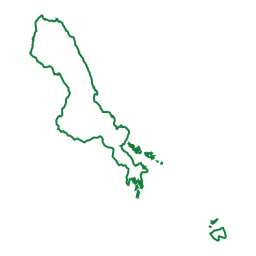 Morowali, Sulawesi Tengah, Indonesia
{"feature_id": "22746128B26432903559283", "entity_name": "Morowali", "entity_type": "district", "adm_level": 2, "iso_a3": "IDN", "parent_name": "Indonesia", "parent_adm1": "Sulawesi Tengah", "projection": "equal_earth", "projection_center": [122.297, -2.895], "detail": "fine", "context": "isolated", "style": "outline", "palette": "green", "viewbox_px": 256, "rotation_deg": 0, "n_neighbors": 0, "source": "geoboundaries", "source_scale": "gbopen_adm2", "svg_char_len": 5856}
<svg xmlns="http://www.w3.org/2000/svg" viewBox="0 0 256 256"><path d="M101.4,137.0L102.9,139.3L102.4,140.6L102.6,141.8L104.5,145.3L107.9,147.3L111.4,147.8L113.4,148.8L113.4,151.0L112.5,156.6L116.3,160.8L118.2,164.3L119.3,165.2L121.7,164.3L123.1,165.8L125.2,165.3L125.7,165.6L126.5,167.4L128.5,168.8L128.1,173.2L126.4,177.2L127.1,179.8L126.4,182.5L127.9,184.9L128.5,185.0L128.7,184.2L129.7,179.2L130.5,179.6L131.6,178.8L131.8,179.6L132.2,179.7L133.3,178.6L134.0,178.9L133.8,178.5L134.5,178.0L134.8,178.5L134.0,179.5L134.7,179.9L133.8,180.8L134.0,181.4L133.2,181.7L133.5,182.5L134.2,182.7L134.4,181.4L135.0,181.0L135.3,181.3L134.9,182.2L135.1,181.7L135.2,182.4L135.6,182.1L135.5,182.7L136.3,182.5L136.2,183.0L137.5,181.5L137.5,181.9L137.8,181.6L137.8,180.6L138.2,180.1L139.0,181.2L139.0,183.2L139.8,182.6L140.2,183.1L139.9,183.5L140.5,183.4L140.6,184.3L140.3,183.8L140.3,184.4L140.7,185.1L140.7,185.9L140.9,185.6L141.2,186.1L141.1,185.7L141.9,185.0L141.5,183.7L141.8,182.8L141.3,182.5L141.3,181.8L140.6,181.0L141.0,180.7L141.0,181.2L141.6,181.3L141.4,180.9L141.9,180.3L141.5,179.9L141.5,179.4L140.7,174.9L141.4,174.1L141.3,173.0L142.2,172.3L145.9,172.4L147.3,171.5L147.7,170.7L145.4,168.0L145.3,166.5L144.1,166.7L144.6,167.2L144.8,168.5L143.2,168.4L143.0,165.4L141.8,165.2L141.3,164.6L141.1,163.1L138.9,163.6L137.5,164.6L137.6,165.0L136.5,165.1L135.9,165.8L134.9,165.3L133.5,163.4L132.4,159.6L131.0,157.8L130.9,156.9L128.3,154.9L127.5,153.1L125.5,151.7L124.1,151.4L123.2,150.0L122.3,149.4L121.4,145.9L120.9,146.0L120.7,145.9L122.6,145.1L123.0,144.1L124.3,144.1L124.7,142.3L127.6,137.5L127.8,135.8L129.0,133.0L129.2,132.0L128.5,130.4L126.0,127.6L124.5,126.8L122.9,127.3L121.9,126.9L121.6,127.5L121.7,125.8L121.3,125.4L120.1,126.3L120.2,126.8L118.6,126.9L117.5,128.8L116.6,128.9L116.2,126.2L114.7,125.5L114.0,124.3L114.1,122.5L114.9,120.5L114.0,117.3L113.2,116.5L112.6,117.1L111.7,116.7L110.1,113.2L108.9,112.1L102.9,112.0L101.0,108.5L100.4,108.0L100.0,106.1L96.5,102.4L94.4,101.4L94.0,97.9L94.4,94.7L95.5,94.0L96.9,94.7L97.4,93.9L97.2,92.2L96.0,90.4L95.2,90.6L94.4,88.1L93.4,87.7L93.4,87.3L93.9,86.7L93.0,85.8L92.1,83.7L91.8,80.1L90.7,76.2L90.0,74.9L89.7,72.7L88.5,70.9L87.5,67.8L86.9,67.4L86.6,65.3L86.0,64.9L85.2,62.9L84.2,62.0L83.4,60.6L83.3,59.2L82.7,57.9L81.6,57.0L80.8,55.3L79.2,53.8L79.4,52.3L78.8,52.0L78.5,50.0L77.2,47.7L77.0,46.6L75.4,45.1L74.7,41.1L73.6,37.3L70.3,36.5L68.4,33.9L67.7,31.5L66.0,30.6L65.8,29.2L64.8,28.6L64.2,26.6L63.0,25.5L62.3,22.9L61.0,22.3L60.2,21.4L59.3,21.9L58.5,21.6L57.3,19.1L56.9,19.0L57.4,20.1L55.4,20.9L55.8,21.8L55.1,20.5L53.5,21.4L51.9,20.6L50.6,20.6L50.0,21.1L46.0,19.3L45.3,19.7L45.1,19.0L44.1,19.1L43.0,18.1L42.2,15.4L40.5,16.3L37.9,18.9L37.3,20.3L36.4,20.6L35.6,21.8L35.7,26.7L36.4,31.0L34.8,32.6L34.8,34.3L34.2,35.6L34.1,36.8L33.5,36.9L33.0,38.6L32.7,38.7L32.9,39.5L33.6,39.7L33.5,40.5L32.7,41.7L32.9,43.2L32.4,45.0L32.7,45.2L32.4,47.2L32.0,48.9L31.4,49.6L31.2,52.0L30.3,52.4L30.2,52.8L30.7,53.0L30.7,54.2L32.8,56.3L36.1,57.9L37.4,61.3L38.0,61.2L39.0,62.4L40.3,62.7L40.7,63.5L42.3,64.2L43.9,67.1L46.8,67.2L49.7,66.2L51.4,66.9L52.5,68.7L54.4,74.4L55.9,74.0L57.8,74.9L58.5,73.4L59.5,73.4L64.0,82.4L68.6,88.2L68.4,90.3L69.8,92.5L69.7,93.7L68.4,96.5L66.8,98.1L66.1,99.4L65.7,103.9L64.5,106.1L64.3,107.1L62.1,109.0L62.3,115.0L61.0,116.5L59.5,115.9L58.2,116.8L56.3,120.2L56.6,124.2L58.7,126.2L58.0,129.0L59.0,129.2L60.0,130.6L60.9,130.9L61.2,131.9L63.1,131.2L64.0,131.7L64.3,132.5L65.9,132.6L67.1,133.9L67.6,135.3L68.4,135.7L69.9,135.5L73.0,137.8L73.7,139.2L74.6,139.7L77.3,138.5L84.4,142.4L86.5,140.8L89.2,140.2L94.0,137.5L97.6,137.8L100.1,136.2L101.4,137.0ZM223.0,228.0L222.0,227.9L219.7,229.5L213.8,230.8L212.6,232.3L210.2,233.6L213.6,238.2L217.3,240.4L218.5,240.6L218.8,239.5L218.7,236.8L219.1,236.2L224.2,237.9L225.2,237.7L225.8,236.6L224.8,232.1L223.0,228.0ZM139.5,146.5L138.8,146.5L138.0,147.3L136.8,149.6L137.3,150.6L138.2,150.7L137.9,151.2L137.9,152.0L139.4,153.3L140.5,153.0L141.1,151.9L139.4,149.4L139.6,148.4L138.3,147.9L138.6,146.8L139.5,146.5ZM149.2,153.8L147.8,152.9L147.6,153.5L148.1,154.2L148.0,155.3L147.6,155.3L147.3,156.1L148.8,157.1L151.1,157.5L151.5,157.2L150.9,153.6L150.0,153.0L149.2,153.8ZM131.4,145.0L129.1,143.4L129.2,143.9L128.7,144.0L129.6,145.0L129.6,145.6L130.0,145.5L129.8,146.0L130.9,146.9L132.8,147.5L132.8,147.1L132.0,146.4L133.7,146.1L133.0,145.0L131.4,145.0ZM217.2,219.6L217.5,218.6L216.0,220.2L213.2,221.8L211.7,221.4L212.3,222.8L211.7,223.1L212.6,223.7L214.0,223.1L217.2,219.6ZM136.4,148.5L134.4,148.6L133.4,149.3L133.4,149.9L135.0,150.7L135.4,150.2L136.4,150.6L136.6,148.8L136.4,148.5ZM145.9,152.8L144.9,153.2L145.8,154.9L147.2,155.8L147.6,154.9L146.8,153.3L145.9,152.8ZM142.8,186.3L142.2,184.8L141.5,186.8L140.9,186.4L141.4,187.4L141.2,187.8L141.6,188.0L142.0,186.7L141.9,187.2L142.2,187.4L142.8,186.3ZM138.3,191.0L137.7,191.4L138.0,192.5L137.3,193.7L137.4,194.0L137.7,194.2L137.5,193.6L137.9,193.2L138.3,194.1L138.8,193.7L138.8,192.9L138.3,193.4L138.5,192.3L138.9,192.3L138.7,191.9L138.5,192.1L138.3,191.0ZM137.2,185.8L136.2,186.8L136.5,188.4L137.2,187.5L137.2,186.4L137.5,186.6L137.2,185.8ZM137.8,196.1L137.1,195.8L137.3,196.8L136.9,197.1L137.8,197.5L137.8,196.1ZM153.5,156.1L152.7,156.1L152.4,157.1L153.4,157.2L153.1,156.4L153.5,156.1ZM136.6,153.0L136.8,151.7L135.8,152.3L136.3,152.9L136.6,153.0ZM152.3,157.8L151.6,158.0L151.9,158.9L152.6,158.3L152.3,157.8ZM162.1,163.6L162.0,162.7L161.9,162.6L161.3,163.6L162.1,163.6ZM210.5,226.8L210.1,226.5L209.0,226.3L210.2,227.0L210.5,226.8ZM158.4,161.3L157.2,161.3L157.5,161.7L158.4,161.3ZM154.1,157.9L153.2,158.0L152.8,158.4L153.1,158.5L154.1,157.9ZM151.4,152.5L151.0,152.9L151.9,153.0L151.8,152.8L151.4,152.5ZM133.3,148.0L132.8,148.1L132.8,148.6L133.3,148.6L133.3,148.0ZM136.4,189.3L136.2,188.3L135.7,189.5L136.4,189.3ZM112.3,115.9L111.7,116.0L111.9,116.7L112.3,116.6L112.3,115.9Z" fill="none" stroke="#15803d" stroke-width="2"/></svg>